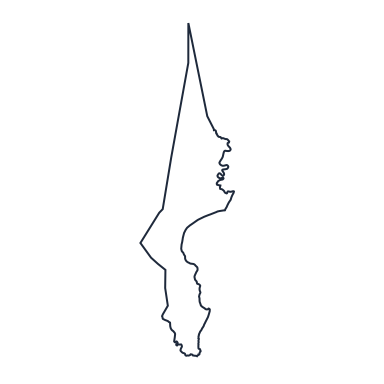 Omoa, Cortés, Honduras, rotated 119°
{"feature_id": "27666195B94440917052753", "entity_name": "Omoa", "entity_type": "district", "adm_level": 2, "iso_a3": "HND", "parent_name": "Honduras", "parent_adm1": "Cortés", "projection": "mercator", "projection_center": [-88.127, 15.658], "detail": "fine", "context": "isolated", "style": "outline", "palette": "slate", "viewbox_px": 384, "rotation_deg": 119, "n_neighbors": 0, "source": "geoboundaries", "source_scale": "gbopen_adm2", "svg_char_len": 6068}
<svg xmlns="http://www.w3.org/2000/svg" viewBox="0 0 384 384"><g transform="rotate(119 192 192)"><path d="M261.6,212.4L269.3,196.0L271.4,186.9L273.0,177.5L289.0,168.9L303.2,158.0L313.1,158.2L314.1,158.1L315.1,158.0L315.7,157.2L316.5,156.6L317.0,156.1L317.1,155.8L317.0,153.4L316.8,152.1L316.6,150.7L316.6,150.3L316.9,149.4L316.8,148.3L316.9,147.9L317.3,147.6L318.1,147.1L319.9,146.0L320.9,145.1L321.6,144.4L322.0,143.7L322.3,143.2L322.6,142.3L322.8,140.8L323.1,140.1L323.5,139.0L323.7,138.7L324.4,137.9L327.5,136.6L329.4,135.9L331.3,135.2L331.7,134.4L331.7,134.1L331.6,133.9L331.3,133.7L331.0,133.5L330.6,133.4L330.3,133.1L330.2,133.0L330.2,132.8L330.3,132.4L330.4,132.2L330.9,131.4L331.1,131.3L331.3,131.3L331.6,131.3L331.8,131.4L332.7,132.0L333.0,131.9L333.4,131.6L333.5,131.3L333.5,131.0L333.5,130.7L333.3,130.6L333.1,130.6L332.8,130.7L332.6,130.7L332.4,130.7L332.2,130.5L332.1,130.3L331.7,129.4L330.6,127.6L330.7,127.4L330.9,126.9L331.3,126.5L331.7,126.1L332.1,125.9L332.7,125.8L334.3,125.8L335.2,125.6L335.9,125.4L336.3,125.1L336.5,124.7L337.0,123.2L337.1,122.6L337.1,121.7L336.8,120.4L336.9,119.8L337.0,119.6L337.8,118.8L338.0,118.4L338.0,118.1L338.0,117.8L337.9,117.5L337.1,116.6L336.8,115.8L336.6,115.5L336.1,115.1L335.6,114.7L335.2,114.6L334.8,114.6L334.6,114.5L334.5,114.4L334.1,112.8L334.5,112.1L334.5,111.7L334.2,111.2L333.9,110.3L333.3,109.0L333.2,108.7L333.2,108.0L332.4,107.9L331.0,107.1L330.8,107.1L330.7,107.3L330.3,106.9L328.7,107.4L328.1,107.4L327.3,107.2L327.0,107.4L326.8,107.7L326.4,107.8L326.2,108.2L325.6,108.9L325.7,109.2L325.7,109.4L325.8,110.0L325.7,110.4L325.5,110.6L325.0,110.9L324.3,111.4L323.6,111.7L322.8,112.2L322.3,112.3L321.8,112.8L320.8,113.2L320.0,113.4L319.8,113.6L319.4,114.0L319.1,114.2L317.1,114.8L316.9,115.2L316.9,115.4L316.5,115.5L315.4,116.2L315.0,116.2L314.6,116.4L314.3,116.4L313.9,116.7L313.3,116.7L313.0,116.9L312.5,117.0L311.7,117.0L310.0,117.2L309.2,117.0L308.3,116.9L306.2,117.0L305.4,116.9L303.7,116.8L303.1,116.9L302.5,117.0L302.0,117.1L300.5,117.1L299.2,117.2L293.7,117.4L291.1,117.9L288.1,118.6L287.4,118.8L286.6,119.3L286.1,119.5L285.8,120.2L285.8,120.6L285.9,121.0L286.1,121.1L286.8,121.2L287.5,122.0L287.9,123.4L287.6,124.4L287.5,126.2L287.5,127.0L287.1,128.8L286.9,129.3L286.5,129.6L285.0,131.3L284.4,132.0L283.4,132.7L281.5,133.8L280.9,134.3L280.4,134.8L280.1,135.1L279.5,135.3L278.5,135.6L277.5,135.8L276.4,135.8L275.9,135.9L275.6,136.1L274.3,137.6L273.9,137.9L273.3,138.3L272.3,138.8L270.1,139.3L269.5,140.2L269.4,140.9L269.4,141.5L269.5,142.2L269.7,142.7L269.7,142.9L269.2,143.6L268.9,143.8L268.4,144.2L268.0,144.6L267.3,146.6L267.0,147.0L265.3,148.5L264.8,148.8L264.1,149.0L263.4,149.1L262.4,149.2L259.6,149.4L258.6,149.3L257.7,149.3L257.2,149.5L256.5,149.9L255.8,150.4L255.4,150.8L255.2,151.2L254.6,153.5L254.3,154.1L254.2,154.7L254.2,155.4L254.3,156.0L254.7,157.0L255.4,158.8L255.4,159.7L255.4,160.8L255.5,161.6L255.4,162.4L255.2,163.3L254.9,164.0L254.5,164.7L254.0,165.3L253.6,165.7L252.8,166.2L252.0,166.6L251.5,167.0L251.2,167.5L250.6,168.7L249.3,170.3L249.0,171.5L248.6,172.3L248.0,172.9L246.9,173.9L243.1,175.6L242.1,175.9L240.6,176.3L237.8,177.3L236.5,177.8L233.1,178.7L231.5,179.1L230.5,179.1L228.4,179.2L227.0,179.1L226.1,179.0L225.5,178.9L221.9,177.5L221.0,177.0L213.8,173.5L212.7,172.8L207.7,169.3L204.3,166.5L202.6,165.0L201.5,164.1L197.4,160.7L197.0,160.5L196.7,160.3L196.3,159.8L195.3,158.7L194.7,157.9L192.6,155.2L192.3,154.8L192.2,154.4L191.9,154.3L191.5,154.4L191.0,154.5L188.3,154.4L186.5,154.6L184.0,154.7L182.9,154.7L180.2,154.4L179.1,154.6L177.8,154.9L177.1,155.0L175.2,155.2L173.6,155.2L172.7,155.2L171.8,155.4L171.2,155.6L171.2,155.9L171.3,156.3L171.6,156.7L172.7,157.8L173.2,158.5L173.4,158.9L173.7,160.1L174.0,160.8L174.4,161.0L175.1,161.0L175.5,160.9L175.8,160.8L176.1,160.8L176.3,160.9L176.4,161.0L176.5,161.2L176.5,161.5L176.6,162.3L176.6,162.7L176.3,163.4L175.7,164.3L175.5,164.7L175.3,165.5L175.1,166.6L175.1,167.2L175.6,168.8L174.9,169.5L174.4,169.8L173.4,170.1L172.7,170.2L172.5,170.3L172.6,170.6L173.0,171.6L173.4,173.2L173.5,173.5L173.4,173.7L173.3,173.9L173.1,174.1L172.7,174.4L172.2,174.6L171.9,174.6L171.6,174.4L171.3,174.5L170.8,174.5L170.0,174.4L169.6,174.3L168.6,173.7L167.9,173.3L166.8,172.0L166.3,171.4L166.0,171.2L165.7,171.1L165.2,171.0L164.9,171.0L164.7,171.2L164.5,171.4L164.4,171.6L164.4,171.9L164.5,172.0L164.9,172.3L165.7,173.1L166.4,173.8L166.5,174.1L166.5,174.5L166.5,175.6L166.4,176.3L166.3,176.6L166.1,177.0L165.8,177.3L165.5,177.5L165.2,177.7L164.8,177.7L164.2,177.7L163.4,177.6L162.9,177.5L162.5,177.3L162.3,177.0L162.2,176.5L162.2,175.9L162.7,174.6L162.9,174.0L162.9,173.5L162.9,173.1L162.8,172.9L162.6,172.7L162.3,172.5L161.8,172.4L161.4,172.4L160.9,172.5L160.4,172.9L160.1,173.2L159.5,174.1L159.0,175.3L158.7,175.7L158.4,176.1L158.0,176.2L157.7,176.1L157.3,175.8L156.5,174.7L155.7,173.6L155.2,173.1L154.8,172.6L154.2,172.4L153.8,172.3L153.1,172.3L152.6,172.4L152.3,172.5L152.1,172.7L151.7,173.3L151.5,174.0L151.6,174.7L151.7,174.9L153.5,176.8L154.1,177.7L154.3,178.3L154.4,179.2L154.4,179.7L154.3,180.3L154.2,180.8L154.0,181.2L153.8,181.5L153.6,181.8L153.2,182.1L152.9,182.3L150.7,182.3L148.6,182.1L147.0,182.1L146.2,182.2L142.1,183.4L141.5,183.5L140.7,183.5L140.2,183.3L139.8,183.0L139.7,182.6L139.3,181.6L138.7,180.2L138.3,179.7L137.9,179.2L137.4,178.9L136.8,178.8L136.2,178.8L135.7,179.1L135.3,179.6L134.8,180.4L134.3,182.1L133.8,183.2L133.5,183.6L133.1,184.0L132.6,184.3L131.9,184.5L131.7,184.4L130.8,183.7L130.4,183.8L129.9,183.9L129.7,184.0L129.7,184.4L129.4,184.9L129.2,185.4L128.9,186.2L128.8,186.7L128.9,187.1L129.0,187.5L129.5,188.5L129.7,190.0L129.9,191.1L130.1,191.4L130.8,191.9L130.9,192.1L130.3,193.2L130.2,193.6L130.2,194.0L130.7,195.0L130.7,195.4L130.7,195.9L130.6,196.1L130.4,196.5L130.4,196.8L130.2,197.0L130.0,197.3L129.6,198.3L129.4,198.4L129.1,198.5L128.9,198.7L128.8,198.9L128.8,199.2L128.8,199.4L127.3,200.5L127.0,200.8L126.8,201.3L126.8,201.8L127.0,202.4L127.3,202.8L126.4,203.4L118.3,215.4L46.0,277.1L80.9,257.8L171.9,226.9L221.2,209.3L226.0,210.6L261.6,212.4Z" fill="none" stroke="#1e293b" stroke-width="2"/></g></svg>